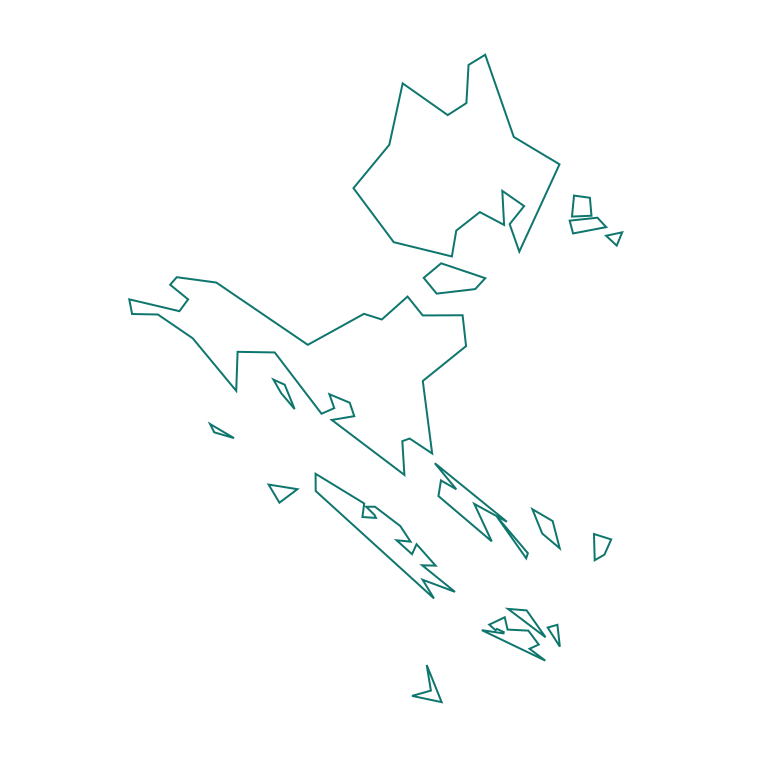 Lingga, Kepulauan Riau, Indonesia, rotated 176°
{"feature_id": "22746128B41866695352092", "entity_name": "Lingga", "entity_type": "district", "adm_level": 2, "iso_a3": "IDN", "parent_name": "Indonesia", "parent_adm1": "Kepulauan Riau", "projection": "orthographic", "projection_center": [104.45, -0.394], "detail": "medium", "context": "isolated", "style": "outline", "palette": "teal", "viewbox_px": 768, "rotation_deg": 176, "n_neighbors": 0, "source": "geoboundaries", "source_scale": "gbopen_adm2", "svg_char_len": 1978}
<svg xmlns="http://www.w3.org/2000/svg" viewBox="0 0 768 768"><g transform="rotate(176 384 384)"><path d="M438.6,351.8L370.0,291.9L369.7,325.7L362.2,327.8L340.8,311.3L345.1,384.3L299.5,416.1L300.8,447.1L340.6,449.7L354.4,469.6L381.7,448.5L399.1,455.4L457.3,428.4L544.2,496.9L583.3,505.0L590.4,497.9L573.5,482.1L583.0,470.9L632.2,486.2L630.4,471.4L604.7,469.1L571.6,442.9L531.9,387.5L527.8,426.3L490.8,423.1L448.4,358.7L435.3,363.4L439.2,377.6L419.5,367.7L415.9,354.0L438.6,351.8ZM364.4,524.8L307.4,506.5L301.2,532.0L276.4,548.8L253.1,534.3L252.5,568.4L231.8,551.7L247.5,534.7L239.8,506.6L193.6,590.9L237.3,621.4L260.1,705.4L277.4,696.4L282.2,658.5L301.7,647.8L344.4,682.6L362.0,622.3L400.8,581.5L364.4,524.8ZM459.6,282.0L349.1,166.6L359.1,186.0L327.7,171.7L358.6,200.5L345.2,199.2L362.7,221.9L367.9,212.3L382.3,227.2L368.5,224.9L377.7,241.2L401.6,262.2L410.3,262.8L402.5,253.9L401.4,251.0L414.8,252.8L412.1,266.2L458.5,299.2L459.6,282.0ZM287.5,219.5L302.3,258.1L271.0,238.0L338.8,301.4L319.2,273.9L333.9,283.8L337.5,268.4L287.5,219.5ZM303.6,131.6L242.4,96.8L257.3,109.7L247.8,113.3L257.2,127.9L277.9,130.4L279.8,142.9L295.8,136.6L289.9,130.6L288.5,131.8L281.8,128.2L282.2,126.9L303.6,131.6ZM325.2,470.5L286.4,472.3L275.6,482.5L318.6,500.4L337.0,487.1L325.2,470.5ZM276.0,151.0L240.5,120.1L257.5,148.2L276.0,151.0ZM244.7,248.7L236.6,223.8L220.2,207.9L225.3,235.5L244.7,248.7ZM184.9,521.0L151.4,525.0L159.5,535.0L187.4,534.0L184.9,521.0ZM186.1,193.5L176.0,198.4L168.2,213.1L185.0,219.7L186.1,193.5ZM165.3,537.4L165.6,555.4L181.3,558.7L184.8,537.9L165.3,537.4ZM377.8,70.9L348.7,62.6L361.0,100.7L358.6,74.9L377.8,70.9ZM280.6,243.7L254.3,200.2L252.3,205.2L280.6,243.7ZM506.1,291.7L496.6,272.9L477.7,285.1L506.1,291.7ZM556.7,347.6L537.4,340.5L560.3,356.2L556.7,347.6ZM152.1,516.4L142.2,505.8L135.8,518.7L152.1,516.4ZM237.7,129.6L226.9,109.7L227.8,131.7L237.7,129.6ZM494.0,396.1L487.3,382.2L474.9,365.2L483.1,390.2L494.0,396.1Z" fill="none" stroke="#0f766e" stroke-width="2"/></g></svg>